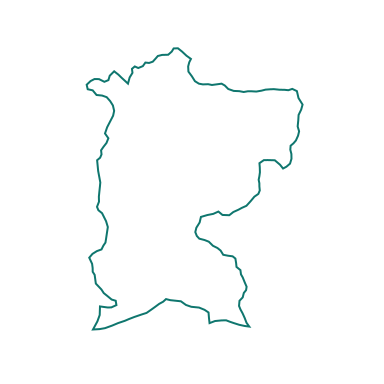 outline of Caibaté, Rio Grande do Sul, Brazil, rotated 257°
{"feature_id": "56859067B53289402005788", "entity_name": "Caibaté", "entity_type": "district", "adm_level": 2, "iso_a3": "BRA", "parent_name": "Brazil", "parent_adm1": "Rio Grande do Sul", "projection": "orthographic", "projection_center": [-54.66, -28.343], "detail": "fine", "context": "isolated", "style": "outline", "palette": "teal", "viewbox_px": 384, "rotation_deg": 257, "n_neighbors": 0, "source": "geoboundaries", "source_scale": "gbopen_adm2", "svg_char_len": 2709}
<svg xmlns="http://www.w3.org/2000/svg" viewBox="0 0 384 384"><g transform="rotate(257 192 192)"><path d="M284.1,132.3L274.2,123.9L268.6,120.4L263.2,122.6L259.0,119.7L256.0,116.0L253.1,112.8L249.0,112.3L246.1,110.2L244.3,106.7L233.6,105.3L221.9,104.8L218.3,103.6L213.4,101.9L208.4,100.2L203.5,99.2L198.9,96.1L195.3,96.7L191.6,99.6L182.9,101.7L176.8,102.1L165.4,97.6L162.2,96.3L159.7,93.6L156.4,90.9L155.8,86.0L154.1,81.1L151.1,77.1L147.8,77.8L144.5,78.5L140.3,78.1L136.6,77.3L133.2,78.5L128.7,78.1L124.4,77.7L121.0,79.7L117.4,81.8L113.3,83.3L109.9,86.0L105.3,89.5L103.2,93.2L98.8,92.9L97.7,87.4L98.5,83.7L101.2,76.6L92.9,74.4L87.2,70.7L80.3,64.6L79.2,71.1L78.9,76.6L79.8,84.1L80.9,90.5L81.6,97.6L82.4,102.1L83.2,107.7L84.0,115.5L84.4,120.5L86.6,126.0L88.4,130.3L90.4,134.9L91.6,139.2L93.5,142.6L91.5,146.5L88.0,156.6L83.3,160.7L80.3,165.5L77.8,172.9L74.4,177.7L70.9,181.0L65.4,180.2L60.3,179.6L61.1,185.4L60.2,192.1L59.3,196.4L57.2,199.5L54.9,203.2L52.0,208.1L49.6,213.2L48.0,217.5L52.3,215.7L57.4,215.0L62.4,214.0L66.7,212.8L70.4,212.2L75.3,213.8L77.9,217.7L82.0,219.8L84.2,222.6L87.4,223.9L92.3,223.0L97.4,222.2L100.7,221.2L105.0,221.6L109.0,218.5L112.8,219.0L117.4,219.3L120.2,217.1L121.8,212.8L123.8,208.3L128.5,206.7L131.7,204.2L134.9,200.3L139.8,197.2L142.4,193.4L144.9,188.6L148.1,186.8L152.2,186.2L156.2,188.2L160.6,192.6L165.7,195.1L166.1,201.8L165.9,207.8L167.0,213.3L162.8,216.5L161.0,223.1L163.2,227.8L164.3,233.3L165.3,236.9L166.3,241.9L169.9,247.1L173.4,251.7L175.2,256.2L178.3,258.4L182.2,258.9L185.4,259.6L188.9,259.7L192.2,261.2L195.9,262.6L200.8,263.6L204.9,264.2L206.9,269.2L206.0,273.2L204.3,279.8L198.8,283.9L194.4,286.0L195.4,289.7L197.6,293.9L202.0,296.4L206.7,297.4L211.1,297.3L214.9,298.5L216.6,301.8L218.8,304.8L223.0,308.0L227.0,310.0L232.1,309.7L238.0,311.7L243.1,313.2L247.7,316.9L252.3,319.4L259.6,316.9L266.7,316.9L269.9,312.9L269.5,308.8L270.7,305.3L272.0,300.2L273.8,294.9L274.5,291.2L275.2,286.7L275.1,282.5L275.4,277.3L276.7,272.8L277.6,268.9L277.8,264.9L279.6,260.8L281.1,255.4L284.2,250.5L288.4,247.9L290.9,245.2L291.3,240.7L291.8,235.5L293.4,232.0L294.4,226.8L296.0,223.1L299.3,219.8L304.8,217.9L310.1,215.6L315.2,216.5L319.0,218.5L321.9,220.9L326.0,217.3L331.2,213.8L335.2,210.6L336.0,206.4L333.4,203.9L331.1,199.7L332.3,193.7L332.2,189.3L329.8,186.0L327.8,183.1L327.4,179.2L328.6,175.7L325.7,172.4L324.9,167.5L327.2,164.5L325.5,161.2L321.5,160.8L317.6,157.0L312.0,154.0L315.1,151.9L319.3,149.0L322.9,146.7L327.1,143.3L323.8,138.0L319.8,135.7L319.1,131.4L322.9,126.8L324.0,122.4L322.9,118.1L320.2,113.5L315.6,113.5L313.4,118.1L308.0,120.8L306.2,126.1L303.6,130.2L299.0,132.7L294.1,134.4L288.6,134.4L284.1,132.3Z" fill="none" stroke="#0f766e" stroke-width="2"/></g></svg>